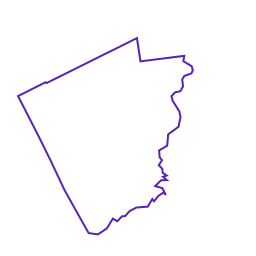 Chariton, Missouri, United States of America (Equal Earth projection), rotated 242°
{"feature_id": "52423323B63120007754805", "entity_name": "Chariton", "entity_type": "district", "adm_level": 2, "iso_a3": "USA", "parent_name": "United States of America", "parent_adm1": "Missouri", "projection": "equal_earth", "projection_center": [-93.062, 39.464], "detail": "fine", "context": "isolated", "style": "outline", "palette": "violet", "viewbox_px": 256, "rotation_deg": 242, "n_neighbors": 0, "source": "geoboundaries", "source_scale": "gbopen_adm2", "svg_char_len": 793}
<svg xmlns="http://www.w3.org/2000/svg" viewBox="0 0 256 256"><g transform="rotate(242 128 128)"><path d="M207.1,76.7L207.8,45.9L162.8,45.2L135.6,44.4L102.9,42.8L53.7,43.9L48.2,51.5L49.3,62.2L55.1,72.1L50.7,74.8L52.8,81.2L51.6,84.3L53.8,90.1L53.9,97.9L49.3,108.5L53.9,116.1L51.1,116.5L53.8,123.0L54.3,129.0L51.2,130.0L58.8,130.1L64.0,124.8L66.3,132.7L63.8,137.8L68.5,136.0L67.9,139.8L72.2,137.6L75.9,139.1L80.7,137.7L83.6,142.9L87.3,142.2L93.6,144.9L94.0,154.2L97.0,156.3L103.5,160.4L105.4,173.2L113.0,179.5L118.6,181.1L131.1,180.2L135.7,181.3L137.4,186.2L135.9,191.6L139.0,196.2L145.4,198.6L147.5,202.1L146.5,209.7L148.6,212.4L152.7,213.2L161.0,208.2L165.3,211.6L181.0,170.3L203.2,178.1L204.0,147.7L204.1,145.4L205.9,77.2L207.1,76.7Z" fill="none" stroke="#5b21b6" stroke-width="2"/></g></svg>